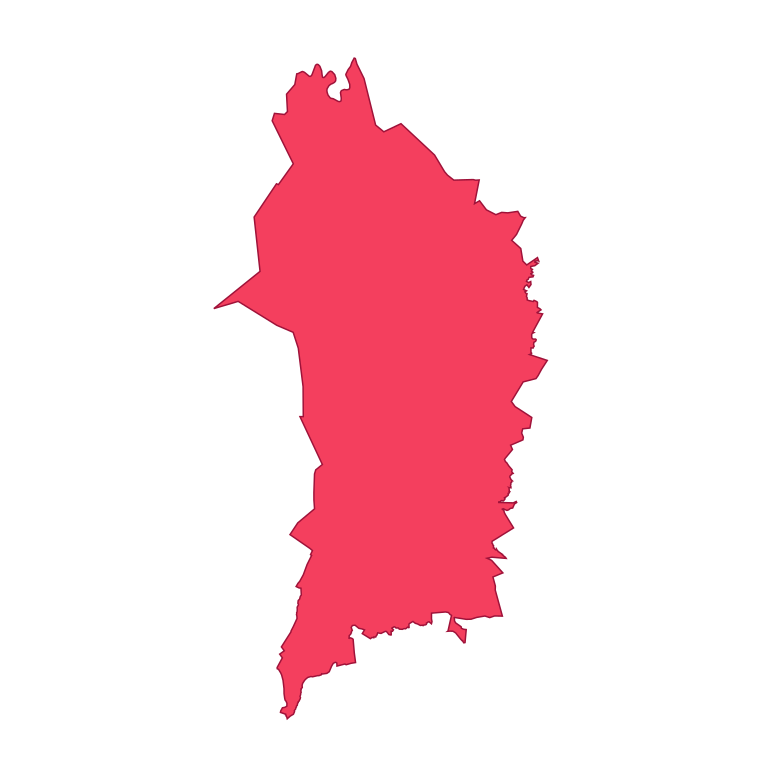 Mochitlán, Guerrero, Mexico (Natural Earth projection), rotated 176°
{"feature_id": "50627088B81925526964077", "entity_name": "Mochitlán", "entity_type": "district", "adm_level": 2, "iso_a3": "MEX", "parent_name": "Mexico", "parent_adm1": "Guerrero", "projection": "natural_earth1", "projection_center": [-99.379, 17.343], "detail": "fine", "context": "isolated", "style": "filled", "palette": "rose", "viewbox_px": 768, "rotation_deg": 176, "n_neighbors": 0, "source": "geoboundaries", "source_scale": "gbopen_adm2", "svg_char_len": 6114}
<svg xmlns="http://www.w3.org/2000/svg" viewBox="0 0 768 768"><g transform="rotate(176 384 384)"><path d="M510.2,63.6L505.2,61.5L505.4,60.9L504.7,60.3L504.8,59.5L504.2,58.6L503.9,56.8L500.6,59.3L497.4,60.9L496.1,63.4L496.2,64.5L494.8,66.0L494.5,67.3L493.9,67.9L493.8,68.9L492.9,69.6L492.5,71.7L491.8,72.1L491.7,73.1L490.6,73.8L490.2,75.1L489.7,75.5L489.2,77.0L489.6,78.2L488.8,80.0L488.7,81.2L488.2,82.0L488.3,84.1L487.9,84.9L488.1,85.2L487.9,85.9L486.7,86.8L486.7,89.0L486.1,90.9L483.9,93.9L482.6,95.1L480.5,96.6L477.3,97.3L475.7,96.9L470.6,97.7L469.2,97.6L466.8,98.3L466.3,99.3L465.6,99.0L461.2,99.3L458.7,100.8L455.9,106.3L454.1,108.9L452.2,109.7L451.5,109.7L450.5,108.9L450.6,105.9L442.5,107.4L441.4,106.6L436.2,107.7L431.8,108.1L432.4,118.0L432.6,131.5L433.6,132.4L435.1,133.1L436.2,133.1L436.7,132.2L436.2,135.5L434.8,136.6L434.3,137.8L433.9,138.0L433.9,138.8L433.6,139.5L432.8,140.4L433.7,143.4L432.4,145.3L429.7,145.4L426.1,142.0L423.1,141.2L420.6,140.1L423.1,136.5L415.3,130.9L413.7,132.0L411.9,131.6L411.8,132.3L409.9,132.2L409.6,132.9L408.4,134.3L407.7,136.2L404.4,135.4L400.1,137.1L399.2,137.1L398.4,136.4L396.6,133.7L394.6,133.1L394.3,133.2L394.1,136.9L392.8,136.7L391.7,138.1L393.2,139.8L393.0,140.1L390.8,141.1L389.9,140.7L389.1,139.8L386.7,139.6L386.3,139.2L385.9,138.4L382.8,138.0L381.1,138.6L379.5,138.3L377.4,139.8L376.3,139.2L376.0,139.3L375.9,142.4L375.5,143.2L371.7,145.1L369.5,143.1L367.3,142.3L364.6,140.6L362.5,140.7L361.9,140.2L361.3,140.7L359.2,140.9L358.5,141.3L358.3,142.6L357.6,142.7L356.8,143.4L355.7,143.7L353.4,141.5L352.7,143.6L353.0,146.4L352.6,152.1L338.5,152.3L335.6,151.5L334.2,149.5L332.8,148.5L337.4,133.1L337.7,132.9L335.7,132.9L332.5,132.6L329.9,130.7L325.3,124.1L324.0,122.5L323.4,122.5L323.3,121.7L322.4,120.2L321.2,120.4L319.1,133.3L321.7,133.8L323.8,134.9L324.0,136.5L329.1,140.6L330.2,142.7L330.1,144.2L330.3,146.0L330.0,146.2L318.3,143.5L313.5,143.3L307.8,144.7L299.5,145.5L294.8,143.6L289.9,144.9L282.1,144.2L287.4,170.7L287.0,174.7L288.8,183.9L278.6,187.3L289.0,200.6L293.4,203.0L288.5,203.7L274.3,201.5L274.9,202.6L277.1,204.6L277.5,205.5L277.9,205.4L278.5,206.5L278.9,206.6L281.0,208.4L281.8,208.8L282.3,210.0L283.2,210.9L283.3,211.4L283.7,210.7L284.4,210.9L285.0,211.5L285.1,212.5L286.3,212.8L286.0,215.2L286.7,215.9L286.7,216.7L287.4,217.7L287.1,219.6L264.8,231.4L271.9,245.0L272.9,247.3L273.3,249.5L274.7,250.9L273.8,251.3L270.2,249.3L268.4,249.8L266.6,251.1L264.3,251.3L262.2,255.2L259.9,256.5L260.3,257.6L263.4,256.4L277.8,257.8L277.7,258.4L276.3,258.4L275.2,259.5L274.1,259.5L273.4,259.0L272.6,259.4L271.3,260.9L271.3,261.2L271.8,261.8L271.8,262.2L270.8,262.4L268.0,264.3L267.7,264.8L267.9,265.8L267.6,266.3L267.1,266.2L266.0,267.8L266.7,268.1L266.4,269.1L266.6,270.9L266.1,271.7L266.4,272.0L264.6,271.6L264.6,273.0L264.9,274.1L264.4,275.2L264.4,276.3L264.2,276.8L263.4,277.3L263.2,278.5L262.8,278.5L264.3,280.2L264.3,280.8L265.1,282.5L264.7,283.5L263.1,284.9L263.0,285.3L261.4,285.8L262.7,287.6L262.2,289.5L265.3,293.7L267.2,297.1L268.2,297.9L269.1,300.3L268.4,301.3L260.4,309.7L262.0,314.1L249.3,318.6L248.7,321.2L250.1,325.4L248.8,329.6L241.5,329.9L238.9,340.3L254.8,352.3L258.2,357.7L245.0,376.4L232.0,378.8L229.7,381.6L225.8,387.7L219.5,396.1L236.8,403.2L234.9,403.9L235.1,404.1L234.7,404.7L235.2,405.3L234.9,409.7L232.7,409.5L232.4,410.3L231.6,411.2L232.0,413.0L231.6,415.1L229.8,416.0L229.2,417.1L229.1,417.6L229.6,418.2L232.0,418.4L232.7,418.8L233.4,419.9L233.2,423.2L232.5,424.2L230.9,424.8L232.1,425.3L220.9,442.9L226.1,444.2L226.3,444.7L222.2,447.0L223.2,448.2L225.6,449.7L225.2,454.7L225.8,455.5L228.5,457.0L229.4,455.9L233.6,457.1L235.3,457.9L235.2,460.1L235.8,461.3L235.1,463.9L235.5,463.8L237.0,466.1L235.3,467.0L238.2,468.6L236.7,471.6L234.5,473.0L232.7,470.2L230.4,473.0L230.5,476.0L232.7,475.1L234.7,476.4L234.0,477.9L232.9,478.3L231.9,480.3L227.9,480.5L227.2,481.9L229.3,482.7L229.8,483.9L228.1,484.5L227.7,485.1L229.2,486.4L227.9,488.0L229.6,488.9L229.4,491.0L225.3,491.5L221.9,493.7L225.0,495.0L224.8,496.0L221.8,496.3L221.1,495.9L222.1,499.4L233.3,492.8L236.9,496.9L238.1,509.6L246.6,518.4L241.4,523.9L235.4,534.2L233.7,537.6L231.5,540.1L232.8,540.1L236.0,541.9L238.5,546.9L248.6,546.1L254.6,547.0L260.6,545.1L269.7,550.6L275.9,560.1L281.1,557.6L274.8,580.9L278.3,580.9L280.8,581.7L300.1,582.5L306.1,587.9L308.8,591.6L317.6,608.9L348.9,642.5L366.6,635.6L374.3,642.9L382.6,690.1L388.7,705.0L389.9,710.7L391.0,711.2L393.7,706.9L395.2,703.2L397.8,700.2L400.3,695.9L400.5,695.2L400.2,694.0L398.7,690.4L397.3,685.4L397.4,682.3L397.7,681.5L398.0,680.7L399.4,680.2L401.1,680.1L403.1,680.6L405.8,679.7L406.4,679.2L407.1,677.6L406.7,672.2L407.0,669.8L407.4,669.2L408.6,668.8L410.0,669.1L414.7,672.1L417.2,672.8L418.0,673.5L419.7,676.2L420.4,679.0L420.5,681.0L420.1,682.6L418.0,685.6L415.7,687.0L414.5,687.3L412.3,688.4L411.1,689.8L410.7,692.3L411.6,696.1L414.1,699.2L415.4,699.8L416.1,699.7L417.7,698.7L421.4,694.7L422.6,693.9L423.6,694.1L423.9,694.3L424.2,696.7L424.4,700.9L425.8,705.4L427.2,707.1L427.9,707.5L429.0,707.5L430.1,706.7L434.1,697.9L434.8,696.8L435.5,696.3L436.2,696.0L437.1,696.2L441.6,700.5L443.4,701.4L444.2,701.3L448.0,699.7L449.4,699.5L452.1,688.9L461.0,679.9L461.3,662.5L464.4,659.8L474.4,661.6L477.2,654.4L459.1,610.0L475.4,590.3L477.3,591.2L501.9,559.6L499.8,505.0L548.5,471.1L523.7,476.6L486.8,450.0L471.0,441.9L467.0,425.7L464.9,387.0L466.8,357.1L470.1,357.3L451.1,308.0L458.1,303.1L459.6,299.1L461.5,280.6L462.0,273.1L462.0,264.3L479.7,251.5L488.3,240.3L469.3,225.1L467.0,222.8L469.2,218.9L468.2,218.0L473.3,209.3L477.8,199.3L481.8,193.1L483.7,191.2L485.8,188.1L483.0,186.5L481.1,186.1L481.2,179.3L482.3,178.0L483.2,175.3L484.6,174.1L484.8,173.6L485.2,171.2L484.8,170.4L484.8,169.6L486.2,167.4L486.3,164.7L486.6,162.8L487.1,162.0L487.1,160.7L487.4,160.1L487.1,158.7L487.1,156.2L491.3,148.5L494.0,144.0L494.1,143.2L504.7,128.9L502.1,124.8L506.9,121.8L504.5,117.9L510.4,108.6L510.4,107.4L509.1,106.7L507.2,103.0L506.4,100.8L505.4,95.5L505.0,87.2L505.3,82.1L505.0,77.5L504.7,75.6L503.7,74.1L503.1,72.1L503.4,69.4L505.4,68.4L507.9,68.1L509.8,65.1L510.2,63.6Z" fill="#f43f5e" stroke="#9f1239" stroke-width="1.5"/></g></svg>